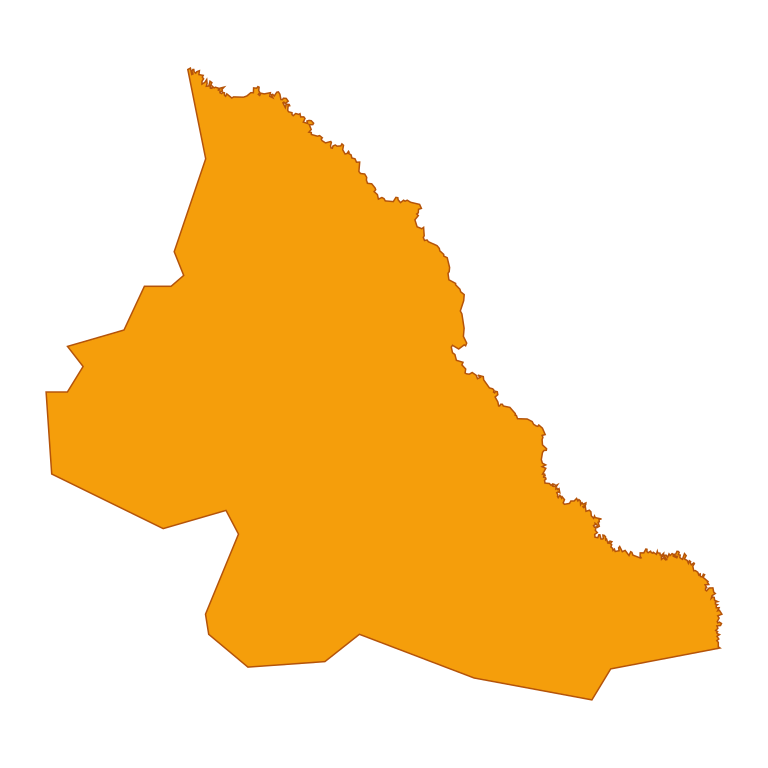 outline of Pochalla, Jonglei, South Sudan
{"feature_id": "79223893B22691287422318", "entity_name": "Pochalla", "entity_type": "district", "adm_level": 2, "iso_a3": "SSD", "parent_name": "South Sudan", "parent_adm1": "Jonglei", "projection": "natural_earth1", "projection_center": [34.083, 7.206], "detail": "fine", "context": "isolated", "style": "filled", "palette": "amber", "viewbox_px": 768, "rotation_deg": 0, "n_neighbors": 0, "source": "geoboundaries", "source_scale": "gbopen_adm2", "svg_char_len": 6053}
<svg xmlns="http://www.w3.org/2000/svg" viewBox="0 0 768 768"><path d="M720.0,648.0L718.3,646.8L718.3,642.4L716.8,640.6L718.8,639.0L716.9,636.3L719.5,634.6L717.3,633.7L716.7,632.7L717.6,631.6L715.7,630.5L717.9,628.3L716.9,625.9L720.5,625.5L721.5,623.5L719.3,622.1L717.8,622.9L717.2,621.6L719.1,618.1L717.7,615.8L721.9,614.2L719.4,610.3L717.6,610.8L719.1,607.7L716.3,607.8L716.2,605.6L717.5,604.7L715.4,604.1L715.4,602.1L717.7,601.6L714.6,600.2L714.2,597.4L712.6,597.0L711.3,598.3L712.0,595.7L715.3,593.5L713.7,592.1L712.9,587.9L709.2,588.0L706.6,590.9L705.5,590.1L705.6,588.0L706.7,587.7L705.1,584.8L708.8,584.5L707.4,582.0L708.0,581.5L703.1,577.4L704.6,574.7L703.4,574.2L702.3,576.9L700.5,576.6L700.2,573.9L699.1,574.4L699.1,575.9L697.8,572.3L695.4,570.6L693.7,570.7L692.8,566.1L694.4,563.7L693.8,562.9L691.3,564.8L690.2,562.8L690.6,561.6L689.3,560.7L688.4,563.3L687.2,560.5L684.4,558.9L686.2,555.7L684.5,553.6L682.4,559.3L679.8,557.6L680.2,555.1L678.3,554.7L679.2,552.5L678.5,551.5L677.0,551.3L675.8,554.0L674.2,554.4L674.5,555.6L677.4,556.6L676.8,557.8L673.2,556.2L673.2,554.2L672.1,553.6L670.1,555.5L669.0,553.9L667.6,557.4L666.2,555.2L664.7,555.2L664.7,556.8L666.7,559.6L665.6,559.9L663.5,557.8L661.5,559.4L661.3,556.7L663.2,556.2L663.6,553.3L661.6,555.2L660.2,555.0L660.0,553.2L657.7,552.9L657.3,551.3L656.4,554.3L653.3,552.3L652.8,553.2L651.3,552.6L650.6,551.2L648.1,552.7L646.9,551.5L647.0,549.3L645.9,549.0L643.8,552.9L640.2,552.9L640.1,556.2L641.1,557.8L640.3,558.0L632.9,555.1L631.9,552.4L630.7,551.7L629.0,555.5L625.1,550.4L622.3,551.7L619.7,546.5L618.6,547.9L619.1,550.7L615.2,551.5L614.4,549.1L613.0,550.4L612.6,548.3L610.9,547.0L611.7,544.7L610.4,543.6L611.9,541.7L610.0,541.1L609.1,541.5L609.3,543.2L607.9,543.2L606.6,539.2L605.7,539.9L605.5,536.7L604.1,535.3L602.9,535.1L603.3,538.5L602.6,539.0L601.0,539.0L599.9,534.8L598.9,534.7L597.8,537.7L595.0,537.2L594.7,534.4L597.3,532.6L595.3,530.3L596.2,526.9L594.5,527.3L593.5,525.6L595.2,524.6L595.1,523.3L596.9,524.6L597.5,527.3L599.3,526.3L598.1,522.3L599.3,521.8L599.0,519.3L601.5,519.0L595.2,517.6L594.5,516.0L593.6,518.3L591.3,515.8L590.9,511.8L589.4,510.2L586.0,511.3L585.3,506.4L583.6,507.6L582.9,506.7L585.7,504.7L585.9,502.9L583.1,504.2L582.0,502.7L580.6,504.7L580.3,500.9L578.9,499.6L577.9,500.9L576.6,498.4L574.1,501.0L570.9,501.0L569.5,503.4L564.4,504.3L563.2,502.9L564.5,499.6L562.1,496.7L561.6,498.1L559.9,495.3L558.2,497.7L557.5,496.4L557.8,494.8L556.7,492.7L558.1,491.9L559.8,492.7L559.0,488.6L557.7,489.5L557.0,488.3L555.9,489.0L555.9,487.2L557.5,484.7L554.0,486.5L552.7,486.2L552.8,485.1L554.2,484.4L552.7,483.9L551.1,485.3L549.4,483.5L545.0,483.1L544.5,480.3L546.0,479.0L545.6,477.8L543.6,477.2L543.7,476.0L545.1,475.7L544.6,474.1L542.6,474.1L545.8,468.3L542.1,466.7L545.7,464.9L542.4,463.2L541.3,459.6L542.5,452.5L543.9,450.5L546.3,450.3L546.6,448.8L542.5,444.9L542.1,439.6L542.9,437.4L542.1,435.4L545.2,434.6L542.4,428.1L538.8,425.0L537.8,426.4L536.3,426.0L533.6,424.3L532.2,421.6L527.2,419.0L517.5,418.7L516.4,415.4L515.2,415.3L515.3,413.6L509.9,407.4L503.3,406.0L502.4,404.3L500.8,404.2L499.6,406.0L498.6,405.9L497.9,402.1L495.1,397.0L497.8,394.7L497.3,391.8L495.6,391.3L494.7,392.9L493.5,392.1L494.1,390.4L492.7,388.8L489.4,387.9L483.7,379.9L483.3,376.6L477.8,375.1L480.3,377.4L477.5,378.7L476.2,375.3L472.2,372.5L469.3,374.2L466.4,373.8L465.1,373.0L465.7,369.0L461.9,364.9L463.0,362.3L456.4,360.3L454.9,354.5L452.5,352.7L451.3,347.1L452.5,345.3L458.7,349.0L464.2,344.9L465.6,345.8L466.7,343.1L463.4,336.4L464.1,328.3L461.9,313.9L460.3,311.0L463.7,300.7L464.2,294.6L460.7,291.8L459.9,289.2L455.6,284.8L455.6,283.4L448.9,279.8L448.0,273.3L449.2,271.6L449.6,267.5L447.2,257.7L443.8,256.1L443.7,254.4L439.8,250.8L439.3,248.4L437.1,245.7L428.3,241.7L427.1,240.0L424.5,240.5L423.3,237.4L424.2,235.8L423.6,227.4L421.8,228.7L417.1,226.8L414.9,219.8L418.3,215.6L416.7,214.0L418.3,212.8L418.5,209.3L421.4,208.4L419.6,204.4L410.7,202.3L407.2,200.2L405.1,201.2L403.6,200.2L400.5,202.6L398.1,199.8L397.8,197.7L395.9,197.4L393.3,201.6L385.3,200.9L384.0,198.6L381.9,197.5L378.4,199.1L377.4,194.6L374.1,191.6L375.7,189.7L375.1,188.0L371.7,183.8L367.5,183.3L366.4,180.1L366.7,177.4L364.7,174.0L360.5,173.5L358.9,171.5L359.7,162.1L356.5,162.2L355.0,158.8L351.9,158.0L351.1,154.9L348.3,153.2L349.1,152.3L348.5,151.3L347.0,153.5L345.1,154.0L342.7,149.8L343.5,145.3L341.9,143.9L340.8,145.9L337.1,146.2L335.3,145.0L333.0,146.0L332.4,148.2L331.0,147.9L330.5,145.6L331.4,142.5L330.8,141.5L325.5,142.9L322.0,140.6L321.2,139.0L322.3,137.8L319.6,135.6L317.5,136.2L311.4,134.5L311.3,132.5L308.9,132.2L311.2,129.5L309.3,124.7L312.8,124.6L313.6,123.2L311.2,120.7L309.0,120.4L306.9,121.1L307.7,123.5L303.3,122.1L305.0,118.5L303.8,116.9L300.7,116.9L300.0,113.7L298.8,114.4L295.7,113.5L293.2,115.7L292.0,114.6L292.0,112.7L288.6,111.8L287.7,110.4L288.1,106.0L289.7,105.7L289.2,104.5L286.2,104.2L285.3,107.6L282.9,102.8L283.9,102.1L285.2,103.4L288.2,101.2L286.2,98.4L283.4,98.2L282.5,99.6L280.9,99.5L279.9,94.2L278.4,91.9L276.8,92.2L274.2,96.0L272.7,94.3L271.2,94.7L272.8,97.8L269.7,96.3L270.4,92.7L264.2,93.9L260.9,93.2L259.7,95.5L258.3,94.4L259.8,92.5L258.7,90.5L259.1,87.2L257.9,86.6L256.7,88.2L253.6,87.9L253.4,92.7L250.8,92.7L246.8,96.0L243.4,97.2L233.6,96.9L231.8,98.0L226.8,93.9L225.6,96.3L224.5,95.3L224.4,92.8L222.8,92.5L221.6,93.6L220.0,92.8L219.8,91.9L222.4,91.0L222.0,89.3L224.1,87.1L219.4,88.3L219.7,90.0L218.4,90.2L218.5,88.2L215.4,87.2L214.1,87.9L212.1,86.0L211.9,88.3L210.4,88.2L210.2,86.3L211.9,82.6L210.0,81.2L208.8,86.0L206.3,86.3L207.1,83.5L206.7,79.5L204.8,82.4L202.0,84.1L202.0,81.3L203.6,78.8L202.3,77.1L203.2,75.4L198.9,74.6L199.4,70.7L196.8,71.7L195.7,73.2L194.1,71.8L193.8,69.5L192.9,69.5L191.8,71.4L193.0,73.9L191.8,74.5L190.4,68.1L187.8,69.5L205.7,158.8L174.2,251.7L183.7,275.4L171.1,286.3L144.4,286.3L124.0,330.0L67.5,346.4L83.1,366.5L67.4,392.0L46.1,392.0L51.7,474.0L163.2,528.6L226.0,510.4L238.5,534.1L205.5,614.2L208.7,634.3L247.9,667.1L324.9,661.6L359.4,634.3L474.1,678.0L591.9,699.9L610.7,668.9L720.0,648.0Z" fill="#f59e0b" stroke="#b45309" stroke-width="1.5"/></svg>